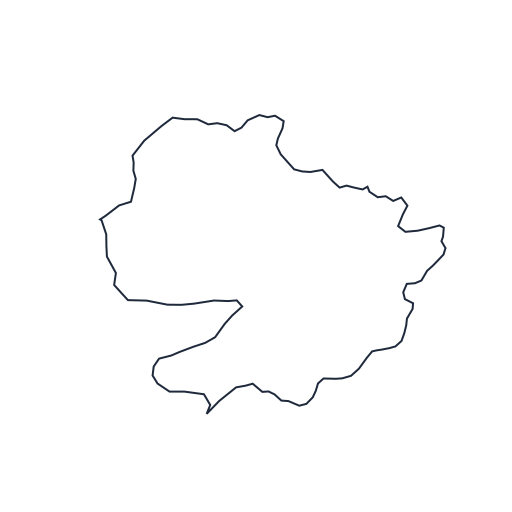 Västervik, Kalmar, Sweden (Robinson projection), rotated 138°
{"feature_id": "70781695B21983327863025", "entity_name": "Västervik", "entity_type": "district", "adm_level": 2, "iso_a3": "SWE", "parent_name": "Sweden", "parent_adm1": "Kalmar", "projection": "robinson", "projection_center": [16.379, 57.852], "detail": "fine", "context": "isolated", "style": "outline", "palette": "slate", "viewbox_px": 512, "rotation_deg": 138, "n_neighbors": 0, "source": "geoboundaries", "source_scale": "gbopen_adm2", "svg_char_len": 1696}
<svg xmlns="http://www.w3.org/2000/svg" viewBox="0 0 512 512"><g transform="rotate(138 256 256)"><path d="M347.4,387.5L346.9,385.8L352.8,372.3L360.5,363.5L367.2,355.3L371.5,337.1L380.8,329.4L380.8,318.3L380.7,308.9L367.1,296.0L354.4,279.1L344.2,269.7L334.0,262.1L317.0,251.0L306.8,241.1L300.0,235.9L300.0,227.7L313.6,227.7L324.6,226.5L340.7,223.0L351.7,225.4L363.6,230.6L377.2,235.9L385.7,238.8L396.7,244.6L406.0,242.3L412.8,236.4L414.5,227.1L411.0,213.1L400.0,203.2L387.2,188.1L389.7,175.9L398.3,171.7L380.2,172.9L358.7,171.7L350.5,166.6L343.9,163.3L342.2,150.8L337.3,146.9L334.8,140.7L333.9,131.6L329.0,126.5L324.0,115.8L317.5,112.4L308.4,113.0L301.8,115.8L295.2,119.8L287.8,119.8L278.8,111.3L273.8,107.4L265.6,103.4L261.6,103.4L254.9,103.4L241.7,106.2L233.5,107.4L229.4,105.1L225.2,102.3L218.7,98.4L212.9,95.5L204.7,95.5L197.3,99.5L190.7,104.0L185.7,108.5L175.0,111.9L170.9,115.8L174.2,124.3L170.9,130.5L162.6,134.4L156.1,129.4L149.5,127.1L138.8,130.5L130.5,130.5L115.7,131.6L110.2,134.9L109.9,135.0L108.3,142.9L104.1,145.2L97.5,151.4L99.2,155.9L109.0,161.0L118.9,166.6L128.8,174.0L130.4,183.1L118.9,188.7L109.8,192.1L108.9,202.3L117.2,205.1L119.6,213.6L126.2,218.2L128.7,227.8L126.8,232.9L132.2,234.1L136.9,240.6L141.6,247.7L148.1,250.9L149.0,260.0L149.0,275.5L159.3,282.0L165.0,287.8L169.7,294.9L169.6,315.0L166.8,324.7L161.2,328.6L150.8,333.2L145.2,337.7L148.0,347.5L154.5,351.4L159.2,358.5L171.4,362.4L180.9,361.1L188.4,363.1L190.3,372.8L195.9,380.6L203.4,385.8L208.1,396.9L217.5,405.4L225.4,414.6L239.2,415.8L261.8,416.5L280.6,413.2L284.4,407.3L290.0,401.5L293.8,393.7L301.3,387.8L312.6,380.0L323.9,385.2L340.8,386.5L347.4,387.5Z" fill="none" stroke="#1e293b" stroke-width="2"/></g></svg>